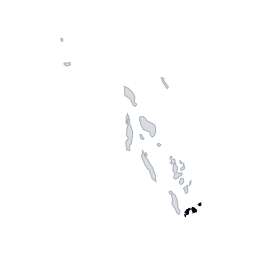 location of Shortland Islands, Western, Solomon Islands, rotated 203°
{"feature_id": "97153195B13226737525008", "entity_name": "Shortland Islands", "entity_type": "district", "adm_level": 2, "iso_a3": "SLB", "parent_name": "Solomon Islands", "parent_adm1": "Western", "projection": "equal_earth", "projection_center": [155.884, -7.049], "detail": "fine", "context": "in_parent", "style": "filled", "palette": "ink", "viewbox_px": 256, "rotation_deg": 203, "n_neighbors": 0, "source": "geoboundaries", "source_scale": "gbopen_adm2", "svg_char_len": 6887}
<svg xmlns="http://www.w3.org/2000/svg" viewBox="0 0 256 256"><g transform="rotate(203 128 128)"><path d="M103.3,129.3L107.0,133.0L108.6,132.7L113.6,132.7L116.5,135.4L118.2,136.6L119.1,138.9L120.3,139.5L121.0,140.7L121.4,142.8L119.6,144.0L118.5,144.4L115.7,143.6L113.0,141.9L107.5,141.7L105.0,141.2L104.1,140.6L103.3,139.7L102.1,137.7L101.1,135.3L100.9,133.9L100.9,131.2L101.2,130.2L102.2,129.2L103.3,129.3ZM120.4,107.3L124.6,114.1L124.5,115.4L123.9,116.1L123.7,118.4L124.2,119.3L125.4,119.7L127.3,122.2L128.2,126.1L129.0,127.5L129.0,130.3L130.8,134.3L131.0,136.2L130.8,137.1L130.0,136.6L127.8,132.1L125.3,130.1L125.0,129.3L122.4,126.7L120.7,122.2L118.9,114.3L119.8,112.5L117.7,108.7L117.8,107.6L119.3,107.8L119.6,107.4L120.4,107.3ZM105.0,110.7L105.6,112.9L103.3,111.0L101.6,108.6L96.6,106.1L95.6,104.8L94.7,104.6L92.1,102.5L89.6,101.0L87.7,98.4L86.8,97.9L85.2,95.9L83.7,94.5L83.2,92.1L81.7,90.4L81.4,89.6L86.1,91.0L88.3,93.7L90.1,95.2L90.8,96.3L92.5,97.9L94.0,98.0L95.5,99.5L96.9,100.0L98.0,100.8L105.0,107.6L104.1,109.4L105.0,110.7ZM136.6,154.9L138.8,156.2L140.0,156.0L141.8,156.9L143.2,156.4L144.1,157.6L146.3,162.3L146.3,163.8L147.7,164.8L146.5,165.0L144.8,164.5L143.5,164.9L142.1,164.0L139.8,163.5L137.8,162.4L133.6,159.0L133.6,157.2L132.9,156.4L132.7,154.3L131.2,153.6L129.5,153.5L129.3,152.5L129.7,150.7L131.0,150.7L132.6,151.4L136.6,154.9ZM64.8,84.7L65.3,85.5L64.0,86.9L62.3,86.1L61.8,84.9L60.6,85.2L58.2,84.5L54.8,81.2L51.3,75.0L47.9,71.6L47.2,70.5L47.1,68.8L47.6,68.1L49.7,68.8L52.5,71.7L57.0,74.6L58.2,76.1L59.0,79.7L59.8,80.8L62.2,83.5L64.8,84.7ZM69.5,105.7L70.5,107.5L71.8,111.7L71.5,113.2L70.7,113.2L70.4,114.1L69.2,112.1L67.6,111.6L66.5,110.3L66.0,106.3L65.1,106.0L62.4,106.4L61.6,107.7L60.4,107.3L60.2,106.1L60.4,104.9L61.9,103.8L62.3,102.3L63.9,99.7L64.8,99.3L66.7,100.2L66.9,103.9L67.6,105.1L69.5,105.7ZM117.1,187.1L115.9,187.9L114.8,187.5L114.0,186.9L113.3,185.2L111.9,184.1L109.8,183.6L108.8,182.5L107.4,182.1L107.0,181.2L107.1,180.2L107.3,179.7L108.6,180.2L114.9,184.8L117.1,187.1ZM51.1,98.3L50.8,98.6L50.2,97.4L49.8,97.0L49.8,95.6L48.1,93.4L48.0,91.8L49.0,90.3L50.3,91.2L51.6,93.1L53.2,93.7L52.9,95.0L51.5,97.3L51.1,98.3ZM59.7,102.0L59.0,102.9L57.2,102.8L55.7,100.4L55.8,98.7L56.9,97.0L58.2,96.8L59.0,97.4L59.6,98.7L59.9,100.5L59.7,102.0ZM75.3,115.8L73.7,117.6L72.4,117.0L71.4,115.5L72.0,113.1L72.9,112.6L73.5,111.8L75.3,112.4L75.8,112.9L74.7,114.0L75.3,114.9L75.3,115.8ZM211.7,163.3L208.9,163.8L207.8,165.5L206.3,165.3L205.9,164.0L205.9,163.3L206.6,163.4L207.0,162.1L207.9,161.4L209.8,161.1L212.2,161.9L211.6,163.1L211.7,163.3ZM133.9,137.4L134.0,140.7L132.7,138.9L132.1,139.5L131.5,138.7L131.7,134.8L130.8,131.2L131.5,131.5L133.9,137.4ZM63.1,116.5L63.1,116.8L62.1,116.2L60.1,113.1L60.4,112.0L62.3,110.0L62.9,109.8L63.5,111.0L63.0,112.8L62.4,113.3L62.1,115.0L63.1,116.5ZM110.4,123.0L111.9,123.2L114.5,126.3L113.9,127.2L112.7,126.7L112.3,126.9L111.9,125.9L110.6,125.0L109.4,124.9L109.2,123.8L110.4,123.0ZM93.7,125.9L91.7,125.6L91.1,124.8L91.9,123.6L92.7,122.9L93.5,123.6L94.4,123.7L94.5,125.2L93.7,125.9ZM36.7,79.3L34.9,79.9L33.9,79.1L34.4,77.4L34.9,76.5L37.1,78.1L36.7,79.3ZM102.3,111.8L101.5,112.1L100.3,111.2L99.8,110.5L100.0,109.3L100.7,108.8L101.5,109.6L101.6,110.4L102.3,111.8ZM224.9,184.1L223.4,184.5L222.8,184.4L221.9,182.4L222.6,182.0L223.7,182.1L224.0,183.3L224.9,184.1ZM67.4,117.5L67.4,118.3L66.4,118.1L64.3,116.9L64.2,116.3L65.4,116.1L66.3,116.3L67.4,117.5ZM49.8,102.3L49.5,104.6L48.6,101.8L48.8,99.4L49.1,99.1L49.8,102.3ZM77.8,118.4L76.5,119.1L76.1,118.1L77.1,115.7L77.8,118.4Z" fill="#d9dde1" stroke="#a8b0b8" stroke-width="1"/><path d="M37.1,78.1L36.9,77.8L36.7,77.7L36.3,77.6L36.0,77.5L35.9,77.2L35.7,77.1L35.6,76.9L35.5,77.1L35.4,77.1L35.4,76.8L35.2,76.8L35.1,76.5L35.0,76.8L35.0,76.4L35.0,76.2L34.7,76.1L34.5,76.3L34.8,76.6L34.7,76.7L34.2,76.7L34.3,76.9L34.4,77.0L34.4,77.3L34.5,77.6L34.3,77.7L33.9,77.4L33.9,77.5L34.0,77.8L34.0,78.0L33.9,78.1L34.0,78.1L33.9,78.3L34.0,78.5L33.9,78.5L33.7,78.5L33.6,78.8L33.8,79.1L34.2,79.0L34.5,79.5L35.1,79.4L35.4,79.7L35.5,79.5L36.0,79.4L35.9,79.3L35.9,79.2L36.0,79.2L36.0,79.3L36.0,79.2L36.1,79.4L36.1,79.2L36.3,79.2L36.4,79.3L36.7,79.4L36.6,79.2L36.9,79.2L37.1,79.0L37.0,78.8L36.8,79.0L36.8,78.9L37.1,78.7L37.0,78.4L37.1,78.1ZM41.9,75.4L41.6,75.2L41.2,75.1L41.1,74.8L40.9,74.8L40.9,74.6L40.8,74.4L41.0,74.3L40.9,73.9L40.7,73.8L40.4,73.9L40.2,73.7L40.2,73.3L40.3,73.1L40.5,72.9L40.5,72.7L40.8,72.6L41.0,72.6L40.6,72.5L40.2,72.8L40.3,72.9L40.0,73.2L40.0,73.4L40.0,73.5L40.2,73.9L40.2,74.1L40.4,74.1L40.5,74.2L40.6,74.3L40.6,74.5L40.4,74.7L40.3,74.9L40.3,75.4L40.4,75.5L40.4,75.8L40.1,76.1L40.0,76.3L39.8,76.4L39.8,76.6L39.9,76.8L40.0,76.5L40.1,76.8L40.2,76.7L40.3,76.7L40.4,76.4L40.3,76.1L40.6,76.2L40.6,76.3L40.7,76.7L40.8,76.6L40.9,76.4L40.8,76.1L41.2,75.6L41.1,75.4L41.1,75.2L41.2,75.4L41.4,75.4L41.6,75.5L41.7,75.4L41.8,75.5L41.9,75.4ZM33.0,85.5L32.8,85.5L32.7,85.3L32.6,85.1L32.6,84.9L32.1,84.7L31.5,84.8L31.2,85.1L31.1,85.5L31.2,86.1L31.7,86.2L32.1,86.2L32.1,86.3L32.5,86.1L33.0,85.5ZM40.2,72.1L40.0,71.9L39.9,72.0L39.7,71.9L39.6,72.0L39.3,72.1L39.2,72.2L39.3,72.9L39.6,72.7L39.9,72.7L39.9,72.4L40.2,72.1ZM36.8,79.7L36.7,79.5L36.6,79.4L36.3,79.2L35.9,79.5L36.3,79.9L36.7,79.9L36.8,79.9L36.8,79.7ZM32.4,86.3L32.1,86.4L31.8,86.8L31.7,86.7L31.8,86.6L31.7,86.7L31.8,86.9L32.0,86.6L32.3,86.6L32.4,86.3ZM37.3,79.4L37.4,79.1L37.1,79.1L36.9,79.6L37.0,79.6L37.1,79.3L37.2,79.5L37.3,79.4ZM37.5,79.5L37.5,79.3L37.2,79.6L37.3,79.9L37.5,79.8L37.5,79.5ZM41.9,73.2L41.9,72.7L41.6,72.6L41.6,72.9L41.7,73.0L41.8,72.9L41.9,73.2ZM40.0,74.3L39.9,74.2L39.9,73.9L39.6,74.2L39.8,74.5L39.9,74.3L40.0,74.3ZM41.4,70.1L41.1,69.8L41.0,69.6L40.8,69.5L40.9,70.0L41.0,69.8L41.2,70.1L41.3,70.1L41.4,70.1ZM42.1,73.6L41.8,73.8L41.8,74.0L41.6,74.2L41.8,74.1L42.0,73.9L42.1,73.6ZM33.6,78.5L33.3,78.5L33.2,78.6L33.3,78.8L33.4,78.6L33.6,78.5ZM39.5,77.5L39.4,77.3L39.2,77.4L39.3,77.6L39.5,77.5ZM40.2,77.3L40.3,77.1L40.2,77.0L40.1,77.3L40.2,77.3ZM36.4,77.4L36.2,77.2L36.2,77.4L36.3,77.5L36.4,77.4ZM41.1,74.0L41.0,73.8L41.0,74.1L41.1,74.0ZM36.5,77.4L36.4,77.2L36.4,77.3L36.4,77.5L36.5,77.4ZM33.8,78.5L33.7,78.4L33.6,78.5L33.8,78.5L33.8,78.5ZM33.5,77.8L33.4,77.8L33.5,77.9L33.5,77.8ZM32.9,78.1L32.8,77.9L32.7,78.0L32.8,78.1L32.9,78.1ZM33.0,77.4L32.9,77.3L33.0,77.4ZM37.2,78.7L37.1,78.9L37.2,78.7ZM39.8,76.2L39.7,76.1L39.8,76.2ZM33.8,77.8L33.8,77.6L33.8,77.8ZM40.3,75.6L40.2,75.5L40.3,75.6ZM39.6,76.8L39.5,77.0L39.6,76.8ZM40.3,74.4L40.2,74.4L40.3,74.4ZM36.3,77.0L36.1,77.0L36.3,77.0ZM34.0,77.8L33.9,77.8L34.0,77.8ZM36.7,77.4L36.6,77.5L36.7,77.4ZM31.8,86.5L31.7,86.5L31.8,86.5ZM31.9,86.5L31.9,86.4L31.9,86.5L31.9,86.5ZM33.1,77.4L33.1,77.5L33.1,77.4ZM42.2,73.5L42.2,73.4L42.2,73.5ZM40.0,75.8L39.9,75.8L40.0,75.8ZM33.8,78.3L33.8,78.2L33.8,78.3L33.8,78.3ZM34.2,77.3L34.2,77.2L34.2,77.3ZM39.7,77.4L39.6,77.5L39.7,77.4ZM40.4,77.5L40.4,77.4L40.3,77.5L40.4,77.5ZM36.4,79.3L36.4,79.2L36.4,79.3Z" fill="#0f172a" stroke="#020617" stroke-width="1.5"/></g></svg>